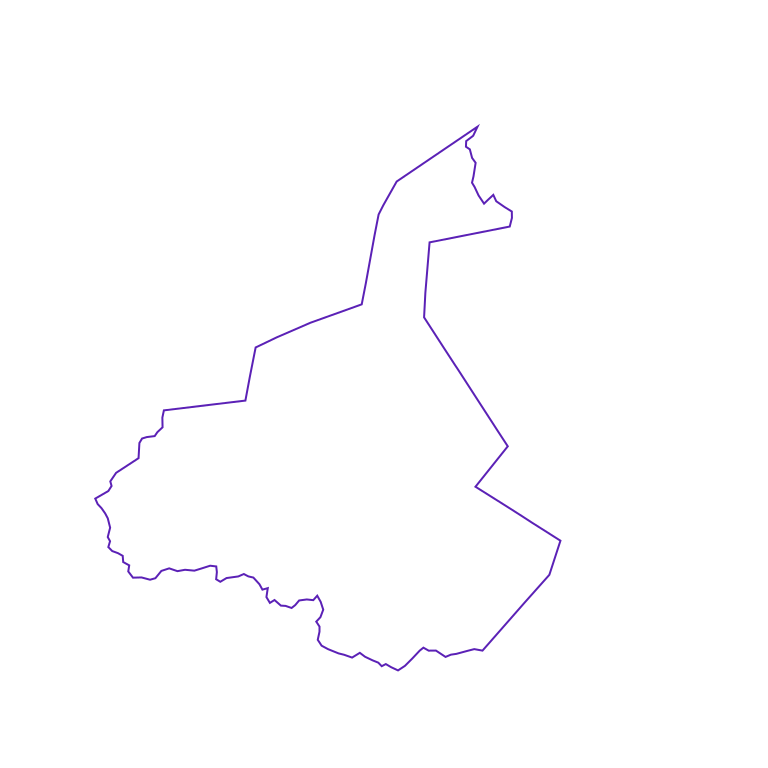 the district of Água Preta, Pernambuco, Brazil, rotated 22°
{"feature_id": "56859067B99963356412199", "entity_name": "Água Preta", "entity_type": "district", "adm_level": 2, "iso_a3": "BRA", "parent_name": "Brazil", "parent_adm1": "Pernambuco", "projection": "orthographic", "projection_center": [-35.496, -8.676], "detail": "fine", "context": "isolated", "style": "outline", "palette": "violet", "viewbox_px": 768, "rotation_deg": 22, "n_neighbors": 0, "source": "geoboundaries", "source_scale": "gbopen_adm2", "svg_char_len": 1881}
<svg xmlns="http://www.w3.org/2000/svg" viewBox="0 0 768 768"><g transform="rotate(22 384 384)"><path d="M401.1,173.8L394.2,167.4L390.2,164.4L389.2,158.0L386.1,144.6L381.0,141.4L375.7,134.3L371.1,133.3L369.2,128.0L373.7,120.4L374.3,110.4L319.9,191.5L316.4,218.5L315.5,228.8L319.5,249.5L329.5,297.8L333.5,318.5L292.8,354.8L267.1,380.9L251.3,398.2L256.8,427.0L261.7,451.3L234.8,466.1L189.8,490.9L191.1,498.2L194.9,507.1L191.9,513.6L190.9,518.2L183.9,522.1L180.1,525.2L179.3,530.3L184.2,544.7L168.9,566.7L166.7,576.8L169.6,580.6L168.5,586.5L159.2,598.4L163.5,602.6L168.5,604.9L173.9,608.4L178.2,612.0L183.9,619.8L185.2,629.4L188.9,632.4L189.5,638.5L194.6,640.7L200.7,640.5L206.1,641.2L208.9,646.8L215.7,647.6L217.1,653.6L223.8,657.6L231.6,654.2L240.4,653.1L244.8,649.7L247.6,640.7L253.9,635.4L262.6,634.9L269.1,630.8L278.1,628.1L283.9,623.4L290.9,617.6L296.8,616.0L299.5,621.0L301.5,627.9L306.3,628.7L310.7,622.9L321.0,617.0L325.2,612.7L330.3,613.2L335.4,612.4L343.5,616.3L348.3,620.2L352.7,616.8L354.8,625.6L360.2,629.7L363.4,625.3L371.4,628.1L375.9,626.6L382.2,626.3L384.5,622.3L386.4,616.5L393.1,612.7L399.4,610.9L401.4,605.3L406.9,609.7L412.2,616.0L412.4,624.0L410.2,629.7L415.1,633.1L417.0,637.9L418.4,646.0L424.2,650.0L431.4,650.8L438.2,650.8L442.8,650.8L448.4,650.0L456.9,649.6L462.3,642.3L468.6,644.0L476.9,644.5L483.1,644.5L487.6,646.5L490.6,643.0L496.8,643.9L504.3,644.3L509.0,637.5L513.0,628.1L517.0,617.8L519.3,613.7L525.3,614.5L532.0,611.7L543.3,614.0L547.4,609.9L552.2,607.1L561.3,600.2L567.0,596.0L575.2,594.3L596.2,534.2L608.8,499.0L606.3,463.2L573.0,457.1L561.3,454.8L543.5,451.5L507.3,445.0L522.1,395.4L507.3,385.1L472.4,360.6L447.4,343.0L442.7,339.8L426.1,328.2L396.2,307.2L388.2,284.0L373.2,235.6L441.6,190.9L440.4,182.1L437.9,176.2L429.7,174.8L419.6,172.5L414.5,167.7L411.5,174.1L409.2,179.3L401.1,173.8Z" fill="none" stroke="#5b21b6" stroke-width="2"/></g></svg>